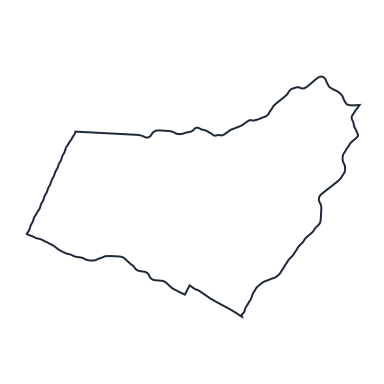 outline of Duvergé, Independencia, Dominican Republic, rotated 273°
{"feature_id": "3306468B24836928118485", "entity_name": "Duvergé", "entity_type": "district", "adm_level": 2, "iso_a3": "DOM", "parent_name": "Dominican Republic", "parent_adm1": "Independencia", "projection": "natural_earth1", "projection_center": [-71.582, 18.345], "detail": "fine", "context": "isolated", "style": "outline", "palette": "slate", "viewbox_px": 384, "rotation_deg": 273, "n_neighbors": 0, "source": "geoboundaries", "source_scale": "gbopen_adm2", "svg_char_len": 4696}
<svg xmlns="http://www.w3.org/2000/svg" viewBox="0 0 384 384"><g transform="rotate(273 192 192)"><path d="M141.4,29.2L140.5,31.4L139.5,34.8L137.9,38.4L137.6,39.8L137.1,42.6L136.7,44.0L135.1,47.5L134.2,50.1L132.4,53.6L131.6,55.5L131.0,56.8L130.2,58.0L128.1,60.9L127.0,62.7L125.9,65.2L124.3,68.8L123.9,70.2L123.4,73.0L123.1,74.3L121.8,77.3L121.4,78.6L121.2,80.0L120.8,84.4L120.5,85.8L120.1,87.1L118.8,90.1L118.5,91.5L118.3,92.9L118.3,95.1L118.4,96.6L118.6,98.1L119.0,99.4L120.5,102.3L121.5,104.9L122.9,107.8L123.4,109.1L123.6,110.6L123.8,114.5L123.8,121.7L123.7,124.0L123.4,125.5L123.2,126.2L122.5,127.6L121.6,128.8L117.3,133.9L116.4,135.1L115.1,137.2L114.7,137.7L112.5,139.4L111.7,140.3L111.0,141.4L110.8,142.0L110.4,143.3L109.8,149.0L109.4,150.4L108.8,151.5L108.4,152.0L107.6,152.8L106.5,153.5L105.0,154.3L104.0,155.1L103.2,156.0L102.6,157.1L102.3,157.8L102.1,159.2L101.9,160.7L101.8,165.8L101.7,167.3L101.3,168.7L100.7,170.0L99.8,171.3L95.9,175.9L95.0,177.1L94.3,178.3L93.2,180.9L91.5,184.4L90.5,187.0L89.1,190.2L98.6,194.5L95.0,200.4L94.3,203.3L91.1,208.6L90.0,210.5L87.5,214.5L86.4,216.3L82.8,223.5L79.2,231.2L77.1,235.7L72.8,243.7L72.1,244.8L71.0,246.6L70.0,248.6L72.0,248.0L73.9,249.7L75.0,250.4L76.2,250.8L78.7,251.4L79.9,251.8L83.1,253.7L85.4,254.8L87.5,256.1L88.6,256.6L89.8,257.0L92.3,257.6L93.5,258.0L94.6,258.5L96.7,259.8L98.4,260.6L99.6,261.3L101.1,262.6L103.1,264.7L105.0,266.9L106.2,268.6L106.9,269.9L107.9,272.5L109.3,275.4L110.3,277.9L110.8,279.2L111.6,280.3L112.4,281.4L114.2,283.3L115.7,284.4L118.0,285.6L121.2,287.5L123.5,288.6L126.6,290.5L128.9,291.7L130.4,292.9L133.3,295.5L134.3,296.3L135.4,297.0L137.1,297.8L140.2,299.8L142.0,300.6L143.1,301.3L144.1,302.1L146.9,304.7L147.9,305.5L150.7,307.1L151.8,307.9L153.3,309.3L156.7,312.9L158.2,314.4L159.3,315.2L162.1,316.8L163.1,317.6L165.9,320.2L166.9,320.9L167.5,321.3L168.1,321.5L169.4,321.8L171.4,322.0L179.5,322.0L182.9,322.0L184.9,321.7L186.1,321.3L188.7,319.8L189.8,319.4L190.5,319.2L191.7,319.1L193.0,319.2L193.7,319.4L194.3,319.6L195.5,320.3L197.0,321.7L209.1,335.6L210.6,337.2L212.1,338.7L213.7,340.0L216.0,341.2L218.1,342.5L219.2,343.1L220.5,343.5L221.8,343.6L223.1,343.7L224.4,343.6L225.7,343.4L226.9,343.0L229.6,341.5L230.1,341.2L231.4,340.9L232.7,340.7L234.6,340.6L236.0,340.7L237.2,341.0L238.4,341.5L241.0,343.1L243.3,344.2L245.9,345.9L248.2,347.1L249.3,347.8L250.8,349.2L254.1,352.8L255.1,353.7L256.1,354.4L256.6,354.7L257.2,354.8L257.7,354.8L258.2,354.6L261.8,352.9L265.5,350.7L266.8,350.3L269.9,349.5L271.0,349.0L273.0,347.9L274.2,347.6L274.8,347.5L275.4,347.6L276.6,347.9L279.2,349.5L281.4,350.6L284.5,352.8L287.7,354.8L287.1,350.2L286.9,346.4L287.0,344.9L287.2,343.6L287.5,342.3L287.9,341.8L288.7,341.0L292.2,338.8L294.4,337.8L295.6,337.2L296.6,336.4L297.5,335.5L298.8,334.0L299.9,332.3L300.5,331.1L301.4,328.6L303.5,324.6L304.1,323.7L305.0,322.9L308.1,321.1L309.1,320.5L311.4,319.5L312.3,318.8L313.2,317.8L313.8,316.7L313.9,316.0L314.0,315.3L314.0,314.6L313.8,313.9L313.6,313.2L313.2,312.6L312.5,311.5L310.7,309.4L303.9,302.2L302.6,300.6L301.9,299.5L301.3,298.2L301.2,296.9L301.3,295.6L302.2,292.9L302.2,291.8L301.9,290.7L300.6,287.1L300.3,286.5L299.6,285.4L298.2,284.1L297.2,283.4L294.9,282.2L293.4,280.9L290.9,278.3L284.8,271.4L283.4,270.0L282.4,269.1L281.4,268.4L279.1,267.3L276.5,265.6L273.7,264.2L272.7,263.4L271.5,262.0L270.9,260.8L269.9,258.2L268.4,255.3L266.7,250.5L266.5,249.4L266.8,247.0L266.8,246.4L266.4,245.2L265.3,243.5L262.0,239.4L260.8,237.6L260.1,236.3L259.3,234.4L257.9,231.4L256.8,228.9L256.2,227.6L254.9,225.8L251.2,221.2L250.5,220.0L250.2,219.4L250.1,218.7L250.1,218.2L250.3,215.7L250.1,214.7L249.6,212.7L249.5,211.5L249.6,211.0L250.1,210.0L251.3,208.4L253.8,203.3L254.2,202.0L254.9,198.5L256.3,195.1L256.5,193.9L256.3,192.7L256.1,192.2L255.4,191.4L253.8,190.0L253.0,189.1L252.4,188.0L251.9,186.7L250.9,182.6L249.7,179.6L249.3,178.3L249.2,177.6L249.2,175.4L249.3,174.0L249.7,172.7L251.0,169.8L251.4,168.3L251.6,166.8L251.7,163.7L251.8,158.1L251.8,155.8L251.5,153.5L251.0,152.1L250.7,151.5L250.0,150.5L249.1,149.6L248.6,149.3L247.0,148.4L246.0,147.8L245.2,147.0L244.5,145.9L244.2,145.4L244.0,144.0L244.0,143.3L244.3,142.1L245.3,139.8L245.7,138.5L246.1,136.2L246.2,133.8L246.2,72.4L244.3,72.0L243.2,71.5L240.6,69.9L238.2,68.8L235.1,66.8L232.8,65.7L230.2,64.1L229.0,63.6L227.2,63.2L224.7,62.5L222.0,61.0L220.9,60.5L217.7,59.8L216.5,59.4L213.8,57.9L212.7,57.4L209.6,56.7L208.4,56.2L205.1,54.5L200.2,53.1L197.0,51.4L192.0,50.0L188.8,48.3L183.9,46.9L180.6,45.2L175.7,43.8L172.5,42.1L171.2,41.7L168.7,41.1L167.5,40.7L164.4,38.9L162.0,37.8L158.9,35.9L157.6,35.5L155.1,34.9L153.9,34.5L151.2,33.1L150.1,32.6L147.0,31.9L145.7,31.5L141.4,29.2Z" fill="none" stroke="#1e293b" stroke-width="2"/></g></svg>